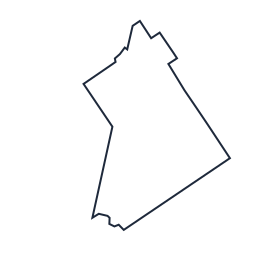 outline of Kings, California, United States of America, rotated 326°
{"feature_id": "52423323B67805499468895", "entity_name": "Kings", "entity_type": "district", "adm_level": 2, "iso_a3": "USA", "parent_name": "United States of America", "parent_adm1": "California", "projection": "mercator", "projection_center": [-119.844, 36.139], "detail": "fine", "context": "isolated", "style": "outline", "palette": "slate", "viewbox_px": 256, "rotation_deg": 326, "n_neighbors": 0, "source": "geoboundaries", "source_scale": "gbopen_adm2", "svg_char_len": 479}
<svg xmlns="http://www.w3.org/2000/svg" viewBox="0 0 256 256"><g transform="rotate(326 128 128)"><path d="M67.5,210.1L71.2,210.1L195.6,210.0L196.0,169.4L196.0,148.9L195.9,128.5L197.3,97.5L207.6,97.6L207.7,90.9L207.6,66.6L197.4,66.5L197.7,45.9L189.0,45.9L171.3,62.4L170.3,59.5L162.6,62.2L156.0,63.0L154.6,66.3L115.8,66.6L115.8,118.2L48.3,182.5L55.8,182.8L61.9,189.4L62.5,192.2L58.9,197.1L61.7,202.0L66.2,203.0L67.5,210.1Z" fill="none" stroke="#1e293b" stroke-width="2"/></g></svg>